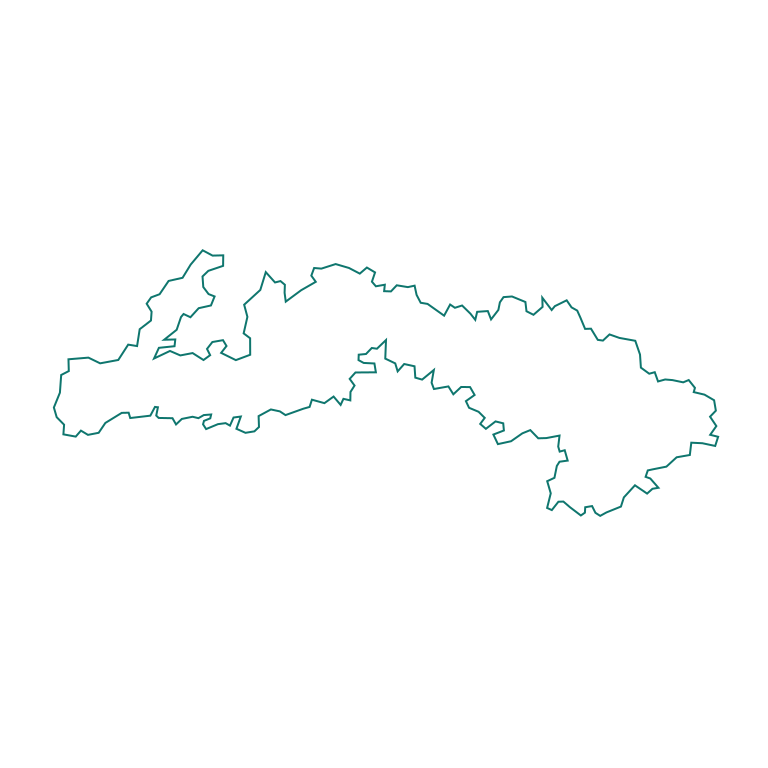 outline of Kamashi, Kashkadarya, Uzbekistan, rotated 177°
{"feature_id": "79887680B4185016404575", "entity_name": "Kamashi", "entity_type": "district", "adm_level": 2, "iso_a3": "UZB", "parent_name": "Uzbekistan", "parent_adm1": "Kashkadarya", "projection": "natural_earth1", "projection_center": [66.838, 38.762], "detail": "fine", "context": "isolated", "style": "outline", "palette": "teal", "viewbox_px": 768, "rotation_deg": 177, "n_neighbors": 0, "source": "geoboundaries", "source_scale": "gbopen_adm2", "svg_char_len": 3305}
<svg xmlns="http://www.w3.org/2000/svg" viewBox="0 0 768 768"><g transform="rotate(177 384 384)"><path d="M215.7,293.1L218.7,281.4L226.1,278.4L223.2,266.1L227.6,251.7L223.0,249.3L216.0,257.3L211.0,257.2L204.7,251.2L194.3,242.4L190.1,245.0L189.5,250.4L182.6,251.2L179.6,244.3L175.0,241.0L168.6,244.1L153.8,249.2L150.4,258.2L138.7,269.7L127.0,260.8L121.4,265.3L115.4,266.0L123.0,275.7L127.6,277.6L125.1,283.9L120.1,284.7L106.3,286.7L95.6,295.5L82.3,297.1L80.2,309.3L69.2,308.2L56.5,304.8L53.1,313.8L60.9,316.2L54.3,324.6L60.1,334.3L54.0,340.0L55.2,350.5L64.5,356.6L75.1,359.7L73.7,363.9L79.5,372.0L85.1,370.0L95.7,372.8L103.0,373.8L110.2,372.2L113.0,381.6L118.6,380.4L126.6,386.9L126.8,400.0L130.8,414.0L146.5,417.7L156.2,421.7L163.1,415.9L168.2,416.9L174.4,428.4L180.3,428.5L184.4,440.0L187.2,447.2L192.7,450.7L197.2,458.0L209.3,452.8L212.7,449.1L221.4,461.9L221.6,452.7L231.1,445.3L237.9,449.2L238.5,458.5L251.6,464.7L260.1,464.5L264.0,459.5L265.9,452.0L273.7,442.9L276.5,451.4L287.2,451.2L289.5,443.3L294.0,449.7L301.9,458.3L309.2,456.4L313.8,459.9L320.4,449.1L336.3,461.7L343.1,463.2L346.8,471.3L348.3,480.6L355.1,479.5L366.1,481.9L372.2,476.1L379.0,476.7L378.0,483.1L387.0,482.0L390.7,486.8L387.1,495.9L395.0,501.2L402.4,495.5L412.9,501.7L426.0,506.3L440.5,502.5L447.7,503.5L450.9,496.0L446.8,489.6L461.8,482.0L477.8,471.4L478.5,480.3L477.8,488.3L482.0,492.2L487.5,491.1L496.2,501.9L502.6,484.4L519.5,470.5L516.9,458.2L521.5,441.9L515.3,436.7L516.1,420.2L530.7,415.6L545.0,423.6L539.3,430.2L542.5,436.2L553.2,434.9L558.9,428.3L556.1,421.9L563.0,417.4L573.5,424.9L585.9,423.2L596.0,428.2L612.3,421.5L606.9,431.9L591.2,432.7L590.1,439.4L601.2,439.7L588.2,449.0L583.2,461.5L580.5,464.4L573.8,460.8L565.1,469.4L552.7,471.5L548.6,480.3L554.5,483.0L559.4,490.3L559.6,500.9L553.5,506.2L538.5,510.4L537.8,520.9L548.5,521.2L558.1,527.0L570.8,513.4L579.6,500.6L593.7,498.2L603.4,485.4L612.0,482.7L616.8,476.6L612.3,468.4L613.4,459.6L625.1,451.5L628.6,434.8L637.4,436.7L648.1,421.9L666.4,419.5L677.8,425.8L697.8,425.2L698.1,413.4L705.9,409.9L708.1,392.3L714.9,377.8L712.6,368.0L705.6,360.1L706.8,350.5L694.6,347.6L689.1,353.3L682.3,348.7L671.5,350.2L664.3,359.7L647.4,368.9L640.5,368.7L639.2,363.3L619.0,364.6L613.9,373.1L611.0,372.6L613.1,364.4L610.8,361.9L597.0,360.9L593.8,354.5L587.7,359.7L576.9,361.3L571.1,359.6L565.6,362.4L558.2,362.6L559.3,358.8L565.7,356.6L566.8,353.2L564.0,348.3L551.9,352.6L544.2,353.2L540.0,350.5L536.0,358.4L528.7,359.0L533.7,347.0L524.9,342.5L515.9,343.5L511.1,347.6L510.9,358.5L498.3,364.5L489.4,362.1L484.0,358.1L466.0,363.5L459.5,365.0L456.8,372.1L444.5,368.0L435.0,374.1L428.4,365.4L425.3,371.3L418.5,369.4L417.9,377.8L413.5,384.0L418.0,390.9L411.9,397.0L391.5,396.1L392.5,405.0L403.2,406.1L408.2,409.2L407.7,414.6L400.4,414.9L394.3,420.6L389.2,419.6L379.7,427.8L381.4,409.3L371.7,404.0L369.7,395.9L362.8,402.9L352.6,400.1L352.4,388.7L345.7,386.4L333.5,395.4L336.4,382.8L334.4,376.4L319.8,378.2L315.3,370.1L307.1,377.0L298.2,376.4L294.1,368.3L303.1,362.6L300.3,355.8L291.0,351.3L285.2,344.9L290.0,339.1L284.6,333.9L274.6,340.8L267.0,338.5L266.7,331.3L277.4,327.8L273.4,318.0L260.1,320.2L248.4,327.5L240.3,330.3L232.8,321.7L224.7,321.5L211.4,323.3L213.3,312.4L212.1,307.3L207.0,308.4L204.6,297.9L212.8,297.2L215.7,293.1Z" fill="none" stroke="#0f766e" stroke-width="2"/></g></svg>